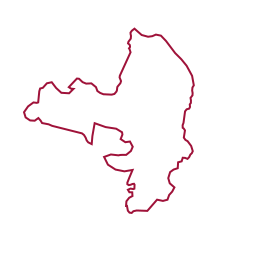 SVG path tracing the border of Jász-Nagykun-Szolnok, rotated 329°
{"feature_id": "HUN-3175", "entity_name": "Jász-Nagykun-Szolnok", "entity_type": "County", "adm_level": 1, "iso_a3": "HUN", "parent_name": "Hungary", "parent_adm1": "", "projection": "albers", "projection_center": [20.367, 47.222], "detail": "fine", "context": "isolated", "style": "outline", "palette": "rose", "viewbox_px": 256, "rotation_deg": 329, "n_neighbors": 0, "source": "natural_earth", "source_scale": "10m", "svg_char_len": 2004}
<svg xmlns="http://www.w3.org/2000/svg" viewBox="0 0 256 256"><g transform="rotate(329 128 128)"><path d="M179.3,47.5L181.4,46.6L184.7,46.2L187.6,55.3L192.2,60.1L196.1,61.8L200.0,62.3L203.8,65.8L205.4,73.0L207.0,88.1L209.1,96.5L210.3,104.9L209.8,116.3L206.4,125.3L204.1,126.5L202.3,128.9L201.4,131.3L200.1,133.2L197.1,134.4L196.2,136.7L194.8,138.9L193.1,139.6L192.0,141.9L190.4,142.9L187.9,142.2L185.5,143.1L178.2,152.2L176.3,153.7L175.0,156.0L175.5,157.1L175.6,159.4L170.9,165.0L171.1,167.8L172.3,170.0L172.9,175.9L171.6,181.2L169.7,182.5L167.8,182.9L165.4,184.5L163.1,185.1L161.5,183.0L159.6,181.7L156.8,184.2L153.3,183.2L149.9,188.1L145.7,187.1L141.4,187.5L136.7,191.7L135.3,196.9L137.2,202.8L133.1,205.3L128.8,206.6L124.9,209.8L120.4,208.5L116.0,204.4L101.9,209.0L93.0,203.2L89.8,202.1L87.4,202.7L85.7,201.3L85.3,198.8L87.0,194.2L86.2,193.8L88.9,190.0L93.1,188.4L96.8,188.6L98.5,185.3L96.1,183.8L96.1,180.9L98.9,181.2L101.1,183.1L102.2,183.3L104.4,180.0L104.4,178.9L103.0,178.3L101.0,178.0L99.3,177.4L98.5,175.9L99.3,174.5L103.5,171.3L110.3,166.3L102.6,163.3L95.9,157.2L91.9,149.1L92.6,140.5L99.7,141.9L105.7,146.5L107.4,147.1L109.3,148.1L112.6,150.1L118.7,149.2L122.4,146.5L122.7,140.6L118.4,138.8L116.0,133.7L119.8,130.8L120.7,128.6L117.5,122.5L109.3,115.7L101.9,106.7L93.3,116.6L88.6,123.1L86.5,119.8L86.2,117.3L86.7,114.6L86.7,111.4L85.8,108.9L64.1,87.1L61.9,84.0L56.9,79.5L56.9,76.6L56.3,73.3L51.8,73.7L48.0,71.1L45.7,66.2L47.0,60.9L53.5,58.0L60.1,57.4L62.8,59.5L64.2,59.8L70.9,50.8L73.0,48.9L75.7,49.7L81.5,47.9L86.2,49.5L87.0,56.7L89.0,63.5L95.4,67.9L101.4,66.4L99.5,65.0L98.3,62.5L109.7,59.3L111.4,60.6L112.7,65.3L115.0,68.4L119.6,70.9L121.6,76.5L120.8,80.5L122.2,83.6L124.3,86.4L131.2,91.0L133.9,91.8L136.9,90.8L138.0,89.9L139.5,87.9L140.2,87.2L144.5,85.7L146.2,84.2L146.8,80.4L147.9,79.0L169.2,64.4L169.9,61.3L169.9,60.2L170.9,60.0L171.5,59.5L171.9,58.8L172.3,57.6L171.6,55.5L172.8,54.3L176.4,52.8L178.0,50.6L178.6,48.8L179.3,47.5Z" fill="none" stroke="#9f1239" stroke-width="2"/></g></svg>